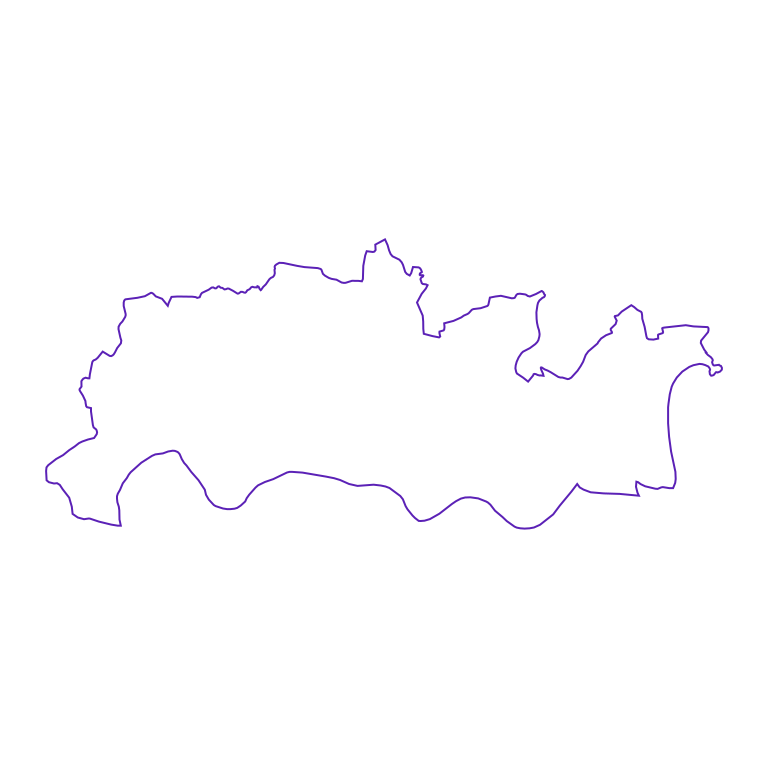 Son Tinh, Quảng Ngãi, Vietnam (orthographic projection)
{"feature_id": "81297802B15613357308975", "entity_name": "Son Tinh", "entity_type": "district", "adm_level": 2, "iso_a3": "VNM", "parent_name": "Vietnam", "parent_adm1": "Quảng Ngãi", "projection": "orthographic", "projection_center": [108.755, 15.196], "detail": "fine", "context": "isolated", "style": "outline", "palette": "violet", "viewbox_px": 768, "rotation_deg": 0, "n_neighbors": 0, "source": "geoboundaries", "source_scale": "gbopen_adm2", "svg_char_len": 6073}
<svg xmlns="http://www.w3.org/2000/svg" viewBox="0 0 768 768"><path d="M162.1,298.8L155.8,296.4L153.2,293.7L151.8,292.9L150.8,292.9L144.9,296.2L137.4,297.8L125.7,299.3L125.0,299.6L124.2,300.6L123.7,302.5L123.7,306.0L125.6,313.8L125.7,315.1L125.2,316.9L122.4,321.5L120.2,323.8L118.6,326.7L118.5,329.1L120.4,337.7L121.3,340.5L120.9,343.3L117.2,348.0L114.9,352.5L113.7,354.4L112.6,355.4L111.1,356.1L109.7,355.9L102.7,351.6L97.6,357.9L95.7,359.5L93.6,360.4L92.9,361.1L92.3,362.1L89.9,374.2L89.4,378.3L87.9,378.3L85.6,377.7L83.4,378.6L82.4,379.7L81.4,381.2L81.5,386.6L79.6,389.1L79.5,389.9L80.1,391.2L82.9,395.6L85.4,401.0L85.6,403.0L86.2,406.2L87.0,407.2L91.0,408.1L91.0,411.4L92.9,425.1L93.6,427.4L96.1,429.4L96.6,430.3L97.1,432.3L96.7,434.2L94.1,438.0L88.0,439.5L82.3,441.5L79.0,443.1L74.7,446.5L69.4,450.0L63.1,455.1L56.3,458.9L48.2,465.2L46.5,467.4L46.1,471.0L46.6,480.3L48.9,482.2L54.0,483.5L57.1,483.2L59.8,484.9L62.7,489.3L69.2,497.7L71.8,506.7L72.6,513.9L77.8,517.5L84.0,519.2L88.7,518.5L89.9,518.6L98.9,521.6L111.2,524.6L118.0,525.7L120.8,525.7L119.5,519.6L119.3,510.3L118.8,506.6L117.4,502.3L117.0,498.7L117.0,496.2L117.8,493.7L120.0,489.9L122.8,483.3L126.8,478.1L128.8,474.6L130.7,472.2L141.3,462.7L151.9,455.9L155.3,454.4L162.9,453.4L168.1,451.5L172.7,450.7L174.9,450.9L177.0,451.7L178.2,452.4L179.7,454.2L181.8,459.1L184.1,462.9L186.5,465.5L191.3,472.0L198.5,480.2L204.8,489.7L206.0,494.8L208.8,499.6L213.8,505.0L215.6,506.1L223.0,508.5L226.9,509.1L230.6,509.1L234.5,508.7L237.2,507.9L240.8,505.5L245.2,501.5L246.7,498.2L249.2,494.7L255.5,487.6L258.1,485.3L264.9,482.0L273.3,479.1L287.0,472.5L289.4,471.9L292.6,471.9L302.5,472.6L326.0,476.6L334.1,478.2L340.1,480.0L349.1,484.0L357.5,485.9L373.6,484.7L380.7,485.5L385.5,486.5L389.5,488.0L400.3,496.0L402.9,499.3L405.6,506.1L407.5,509.3L412.5,515.5L415.0,518.0L418.7,520.9L420.7,521.0L424.5,520.7L429.9,519.1L439.4,513.7L451.9,504.0L456.0,501.2L460.9,498.6L465.1,497.5L470.3,497.3L478.2,498.4L486.1,501.5L487.9,502.5L490.4,504.7L495.0,510.7L502.6,517.1L506.8,521.1L514.5,526.6L516.7,527.6L520.3,528.3L524.6,528.6L529.6,528.3L534.0,527.5L540.0,524.8L553.2,514.4L559.8,505.6L571.5,491.5L577.2,484.0L579.7,487.4L583.5,489.6L590.7,492.3L603.8,493.4L619.6,493.9L638.9,495.7L637.5,492.7L636.0,486.8L636.4,481.7L638.1,482.2L640.6,484.1L645.2,486.3L655.3,488.7L657.6,488.9L661.2,487.4L662.8,487.1L669.1,488.1L673.1,488.1L675.2,482.9L675.7,479.0L675.4,471.8L671.1,451.6L669.1,436.8L668.1,423.3L668.1,407.3L668.5,403.5L669.8,394.2L671.7,386.7L673.1,383.5L676.8,377.5L682.3,371.6L689.3,366.9L693.4,365.2L699.5,363.9L702.4,364.2L705.3,365.1L708.3,366.5L709.7,368.4L710.1,369.8L709.5,371.2L709.9,374.2L711.1,375.7L711.7,375.7L713.6,375.1L716.0,372.2L716.9,372.2L717.7,372.5L720.0,371.6L721.8,369.7L721.9,368.9L721.9,367.8L720.9,365.9L719.4,365.4L719.0,364.8L714.1,365.5L713.4,365.2L712.7,364.2L712.1,362.2L712.8,360.2L712.4,359.1L710.9,357.2L707.8,354.9L705.9,352.8L706.4,352.5L704.2,349.6L700.8,343.0L701.1,340.6L708.0,332.2L708.5,330.3L708.5,328.4L708.1,327.5L707.5,327.1L693.4,326.4L685.8,325.2L664.8,327.5L663.0,327.8L662.2,328.3L663.1,332.1L662.7,333.1L658.4,334.5L658.0,335.0L658.2,338.6L653.4,339.6L648.7,339.3L647.0,338.2L646.4,336.3L644.6,326.8L642.3,318.8L642.1,315.1L641.7,312.7L641.1,311.8L637.4,309.9L634.2,307.1L631.3,305.2L621.7,311.6L618.0,315.4L614.9,316.1L614.7,316.7L616.7,320.6L615.6,324.1L610.8,328.7L610.7,329.9L612.0,332.2L611.8,333.0L606.1,335.2L601.1,338.5L598.0,342.4L597.6,343.4L588.3,351.4L585.7,355.0L583.1,361.8L580.6,366.2L577.5,370.8L571.3,377.6L569.0,378.9L567.6,379.1L562.3,377.5L560.4,377.5L558.4,377.0L550.7,372.2L547.7,370.6L544.7,369.4L541.8,367.5L541.1,367.4L540.8,367.9L541.2,369.7L543.0,373.7L543.5,375.8L540.7,375.4L539.7,375.5L537.7,375.0L535.8,374.1L534.4,373.9L533.6,374.2L533.1,375.5L528.1,381.6L523.2,377.7L516.9,373.5L516.2,372.0L515.4,368.4L515.7,365.4L516.7,361.7L518.6,357.5L521.4,353.3L523.0,351.7L529.9,348.1L535.3,344.1L537.2,342.1L538.4,340.1L539.4,336.3L539.6,334.1L539.0,330.3L537.9,326.9L537.0,322.7L536.6,318.9L536.4,312.3L537.4,305.4L538.0,302.9L539.4,300.5L542.5,297.8L543.9,297.2L544.6,296.4L544.9,295.6L545.0,295.0L544.2,294.1L543.4,292.3L542.0,291.1L541.6,291.0L536.0,294.0L529.9,296.5L527.6,295.9L526.4,294.9L525.1,294.4L519.9,293.7L517.5,294.0L516.4,294.9L514.8,297.7L513.9,298.1L511.8,298.3L500.9,295.8L495.5,296.5L489.9,297.6L488.4,304.6L488.0,305.4L487.3,306.0L480.6,308.2L473.3,309.1L471.8,309.8L468.8,313.1L467.5,314.0L463.8,315.6L461.3,317.4L453.5,320.9L444.2,323.3L444.5,327.1L444.2,329.5L443.6,330.4L439.5,331.6L439.4,332.9L440.2,336.5L439.1,337.4L432.5,336.1L423.8,333.8L423.3,328.9L423.2,321.5L422.7,315.6L417.0,302.5L421.7,293.8L425.9,288.5L427.6,285.2L426.0,284.4L422.9,284.0L421.8,283.2L420.5,279.4L420.7,278.4L421.4,277.5L423.0,276.5L423.3,275.5L422.9,275.2L420.1,275.2L419.7,274.8L419.9,273.5L421.9,272.0L421.2,270.1L420.2,268.4L418.7,267.4L413.0,267.0L411.2,273.1L409.7,275.5L406.8,273.9L405.2,271.9L403.0,264.9L401.7,262.3L399.4,259.7L392.5,256.3L390.6,254.0L389.1,250.4L387.6,245.1L385.0,239.4L375.3,244.6L375.6,250.0L374.4,251.6L372.9,252.0L366.7,251.2L365.2,255.5L363.3,265.8L362.9,279.0L361.9,281.3L358.6,280.9L352.0,280.8L345.6,282.8L343.9,282.9L341.6,282.5L336.5,279.7L331.7,278.9L328.8,277.9L324.9,275.6L322.9,273.8L321.5,269.9L320.7,269.0L317.8,268.1L304.5,267.1L297.3,265.9L283.5,263.0L279.3,262.8L276.3,264.5L275.0,265.7L274.6,266.9L275.0,268.6L274.5,269.8L274.8,273.3L274.2,275.4L273.0,276.9L270.9,277.9L269.4,279.2L265.8,284.4L263.2,286.9L261.1,289.9L260.7,290.2L259.6,288.9L258.6,286.7L257.4,286.2L256.9,287.4L254.1,287.3L252.4,286.8L251.2,287.3L249.6,289.2L247.3,290.3L246.1,292.1L245.3,292.7L244.2,292.6L242.6,291.9L240.9,291.8L238.6,293.5L237.5,293.6L233.0,290.8L228.8,288.6L227.5,288.5L225.9,289.2L224.4,289.4L222.4,287.9L220.7,287.7L219.0,286.3L218.6,286.4L217.7,286.7L216.4,288.2L215.9,288.3L215.1,288.4L213.2,287.4L211.6,287.6L208.7,289.7L202.0,292.9L200.9,294.3L199.7,297.2L197.2,297.9L195.7,297.1L192.3,296.7L177.6,296.5L171.5,296.9L168.7,302.9L167.8,305.8L162.1,298.8Z" fill="none" stroke="#5b21b6" stroke-width="2"/></svg>